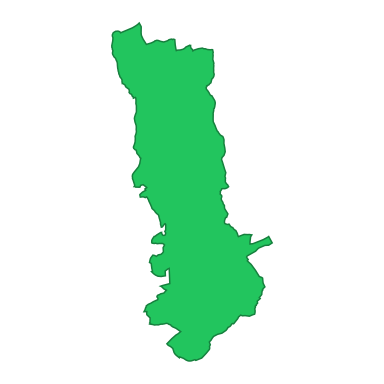 Matei, Bistrita-Nasaud, Romania (Albers equal-area conic projection)
{"feature_id": "2599482B73897291449250", "entity_name": "Matei", "entity_type": "district", "adm_level": 2, "iso_a3": "ROU", "parent_name": "Romania", "parent_adm1": "Bistrita-Nasaud", "projection": "albers", "projection_center": [24.25, 46.99], "detail": "fine", "context": "isolated", "style": "filled", "palette": "green", "viewbox_px": 384, "rotation_deg": 0, "n_neighbors": 0, "source": "geoboundaries", "source_scale": "gbopen_adm2", "svg_char_len": 5996}
<svg xmlns="http://www.w3.org/2000/svg" viewBox="0 0 384 384"><path d="M249.4,316.2L252.9,314.7L254.6,314.2L255.0,312.7L255.1,311.0L255.0,309.9L254.7,308.7L255.3,307.7L255.4,307.1L255.2,306.6L255.2,306.2L256.3,305.3L256.3,304.6L257.6,303.1L257.2,301.2L260.2,298.6L259.3,297.6L261.7,294.6L262.0,291.5L262.3,290.7L262.8,290.0L262.5,289.7L263.2,288.6L264.9,286.9L263.4,283.8L263.0,282.5L262.6,278.1L261.7,277.4L260.4,277.0L259.2,276.4L255.5,270.4L251.1,264.4L247.3,260.9L247.5,260.4L248.2,259.6L246.6,257.3L246.7,256.6L247.4,255.8L255.6,251.2L257.8,248.8L258.8,248.0L264.9,245.4L268.7,245.2L272.2,242.9L268.7,236.5L267.9,237.1L263.3,239.6L258.8,241.4L252.9,243.7L250.0,244.0L250.0,241.9L250.6,236.8L251.8,234.9L249.3,234.5L247.6,234.6L244.1,234.4L238.4,236.6L237.9,235.5L237.3,233.4L235.8,230.5L234.1,229.5L232.7,227.5L231.6,227.2L231.0,226.7L230.5,226.3L229.0,224.1L228.0,224.4L227.2,224.4L225.3,223.8L224.7,223.3L224.5,222.5L224.5,220.8L225.4,218.0L225.7,217.5L226.6,217.4L227.9,213.9L224.8,208.9L224.5,208.0L224.4,205.4L223.2,203.9L223.0,202.8L222.6,201.8L222.2,201.1L221.6,200.5L221.2,198.6L221.8,196.7L221.6,195.4L220.2,194.2L220.4,191.9L220.2,191.4L220.9,190.6L221.7,189.3L221.7,188.8L222.7,188.6L224.7,188.7L225.6,188.5L227.4,187.7L228.6,186.7L227.5,184.6L226.8,184.2L225.4,182.1L225.3,181.7L225.4,180.5L225.3,179.5L225.5,178.5L225.4,177.5L224.9,176.5L225.8,172.7L224.7,169.5L222.2,161.2L221.6,160.0L221.6,159.6L221.9,157.7L224.0,155.3L225.2,151.8L224.8,148.1L223.9,143.4L224.0,139.9L223.5,138.1L222.8,136.5L220.4,135.1L218.8,133.1L218.0,131.7L217.2,131.0L216.0,128.2L215.0,125.5L213.4,122.1L213.2,121.6L213.1,119.1L213.2,114.1L213.1,113.5L213.7,110.7L213.7,108.9L214.2,108.5L214.7,106.9L215.2,103.6L215.2,102.3L214.7,100.6L211.8,95.7L210.8,95.5L209.9,94.5L209.2,93.0L207.7,90.7L206.4,89.2L206.1,87.8L206.3,87.1L206.9,86.4L207.0,86.2L206.8,85.8L208.9,84.8L209.8,83.6L210.9,82.8L211.8,79.1L212.8,78.1L213.7,76.6L214.1,74.8L214.1,74.0L213.8,73.1L213.6,72.0L213.7,70.6L213.6,68.2L213.8,65.8L213.6,64.0L213.9,63.3L212.8,59.4L213.1,55.4L212.9,53.6L213.2,52.4L212.6,49.7L211.9,49.6L210.4,49.8L207.3,49.5L205.5,48.8L203.8,48.7L202.4,48.1L198.4,48.7L194.0,50.1L192.9,50.9L192.4,49.5L191.0,48.1L190.5,46.1L190.6,45.5L190.1,45.5L189.8,45.2L185.9,47.0L184.6,48.3L183.2,49.2L180.2,50.0L177.7,50.1L176.3,50.6L175.8,48.5L175.2,44.7L174.8,39.6L173.7,39.2L173.0,39.2L172.6,39.6L171.5,39.1L169.3,39.6L168.8,39.8L168.3,40.3L167.4,40.8L163.8,42.0L160.8,41.4L158.0,40.4L156.8,40.3L154.7,41.0L154.5,41.4L151.4,42.9L146.4,44.4L143.1,39.2L141.5,35.7L141.3,34.8L141.1,32.8L141.2,26.9L141.0,26.3L139.2,23.0L137.8,24.4L135.7,25.9L132.5,27.8L120.6,32.8L120.1,32.0L119.3,31.5L118.0,31.1L115.6,31.3L113.3,32.7L112.3,35.0L112.4,36.3L112.9,37.5L112.9,39.0L112.7,41.1L111.8,45.7L111.9,47.5L112.3,48.1L112.3,49.2L112.9,50.7L112.5,52.7L112.5,53.6L112.7,54.4L114.2,57.1L115.2,57.9L115.7,58.7L116.5,60.9L116.9,61.3L117.4,63.7L117.4,64.9L117.7,68.3L118.0,69.5L118.2,71.0L118.8,72.9L118.8,73.8L119.4,74.9L120.0,76.9L121.3,78.5L122.0,79.8L122.0,81.6L122.3,83.6L122.9,83.5L124.9,85.0L125.4,85.5L125.4,86.2L125.9,87.0L129.0,89.3L129.4,91.4L129.4,91.7L129.1,92.0L129.1,92.5L130.1,93.7L131.2,94.1L131.7,94.7L132.4,96.4L133.2,96.8L133.4,98.2L135.3,97.4L135.8,98.0L136.0,100.6L135.9,103.6L136.4,105.7L136.4,111.6L136.3,112.3L135.4,114.6L134.6,117.2L134.4,118.6L135.0,121.9L136.2,125.6L136.3,127.5L136.2,129.3L136.4,131.8L136.0,133.7L135.1,136.3L135.3,138.4L135.1,142.0L134.3,144.7L133.4,147.1L133.7,148.3L134.3,148.9L134.9,149.6L136.2,150.2L137.0,153.5L139.0,155.7L140.1,157.8L140.8,158.2L140.4,159.7L139.8,163.5L138.5,166.8L134.3,172.0L132.7,174.3L132.5,174.9L132.3,176.3L132.5,177.3L132.5,178.7L133.1,180.1L134.6,184.9L134.6,185.9L134.2,186.5L134.7,186.5L135.6,187.1L139.9,187.2L140.7,185.3L143.3,184.7L143.9,185.3L146.7,187.4L146.8,187.6L146.6,187.8L144.9,189.0L145.7,190.3L142.5,192.1L139.9,194.5L139.9,195.1L140.3,197.1L143.2,196.8L145.3,197.6L146.6,196.9L147.2,197.5L148.8,200.4L148.7,200.7L150.6,204.7L151.8,207.6L152.0,208.5L154.6,210.8L155.1,211.8L156.6,213.5L158.2,214.7L158.7,215.7L159.3,218.2L160.6,222.7L160.5,224.0L161.3,227.2L162.4,226.9L164.2,224.4L164.9,223.7L165.2,223.7L165.7,224.6L165.7,229.3L165.5,230.5L164.8,231.3L165.7,233.0L165.3,234.8L164.5,235.3L163.0,235.4L162.5,234.9L161.5,233.0L161.6,232.4L160.7,232.5L156.8,234.9L155.0,236.4L154.2,236.4L152.6,238.7L151.8,240.3L151.7,242.3L152.0,243.1L154.2,243.5L155.4,243.2L157.3,243.7L160.1,243.4L161.2,243.6L161.9,243.3L163.6,244.0L164.5,245.0L163.1,247.7L163.4,251.8L162.6,252.9L161.1,254.3L158.2,254.9L156.3,256.4L154.7,255.5L152.9,255.1L150.9,257.7L150.3,258.9L149.5,262.5L151.2,263.4L151.8,268.2L152.5,271.2L151.5,271.6L153.6,273.7L155.4,275.0L157.9,276.2L161.1,276.5L165.4,275.8L165.2,271.0L167.8,269.0L169.2,268.4L169.8,283.6L162.6,285.5L160.6,286.2L161.5,286.6L164.0,289.0L166.4,290.2L163.8,293.1L160.7,293.8L159.6,294.5L157.6,295.3L157.1,296.1L156.9,296.9L157.4,297.2L158.0,298.7L157.7,299.7L153.3,301.7L150.9,303.2L148.3,304.3L146.5,305.7L146.2,306.0L146.1,307.1L145.4,308.2L145.3,309.2L144.0,311.7L146.8,311.6L146.7,313.9L146.9,314.8L150.1,317.9L150.0,322.4L149.6,323.0L150.6,323.7L150.1,324.1L153.1,324.6L154.4,325.0L156.8,324.8L158.3,324.9L161.0,324.1L162.0,324.2L164.5,323.8L166.2,323.3L167.9,323.6L169.0,324.4L170.6,324.8L171.3,325.9L172.1,326.3L172.4,326.7L176.0,328.3L180.7,331.6L177.9,333.9L176.0,335.0L171.8,338.7L166.9,343.8L168.2,345.3L170.5,346.5L172.8,348.4L174.1,352.6L175.3,354.4L176.6,355.6L179.4,357.8L179.8,356.9L183.6,358.4L186.2,360.1L188.2,360.9L190.0,361.0L191.6,360.8L194.8,359.7L195.1,359.7L195.4,360.2L195.8,360.4L201.4,358.2L202.0,357.8L206.2,353.3L209.4,349.4L209.7,348.2L209.5,346.3L210.3,344.8L209.4,342.4L209.4,341.8L210.9,340.4L212.2,338.2L213.6,336.4L217.6,334.3L221.9,333.2L226.0,330.4L227.6,328.3L227.8,327.5L229.9,326.5L231.0,325.3L231.3,324.6L232.3,323.5L233.5,323.8L233.9,323.5L237.7,318.7L238.7,316.7L239.4,316.3L240.6,315.1L242.4,315.8L245.1,315.6L249.4,316.2Z" fill="#22c55e" stroke="#15803d" stroke-width="1.5"/></svg>